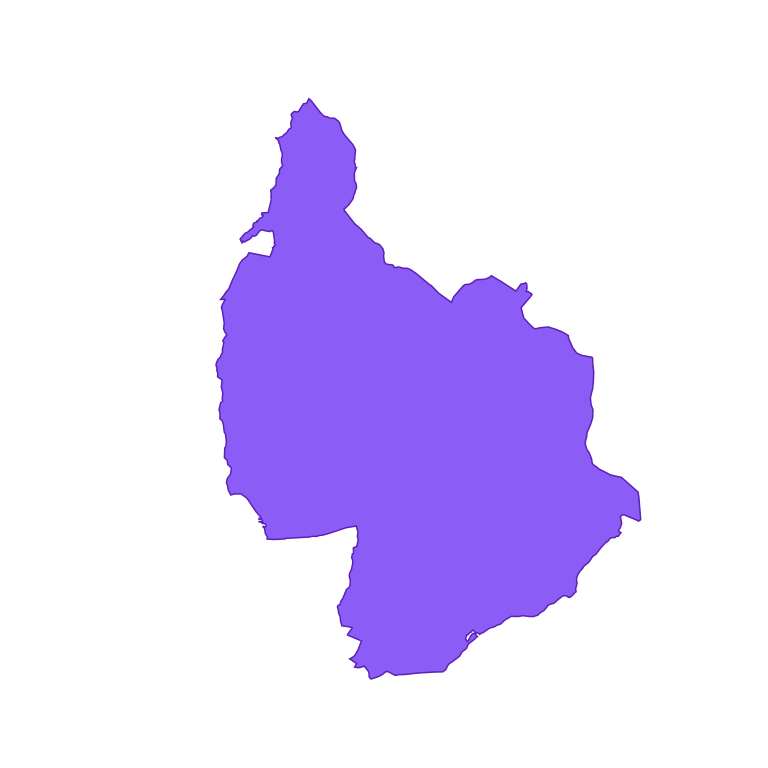 Garceni, Vaslui, Romania, rotated 57°
{"feature_id": "2599482B9024502031895", "entity_name": "Garceni", "entity_type": "district", "adm_level": 2, "iso_a3": "ROU", "parent_name": "Romania", "parent_adm1": "Vaslui", "projection": "albers", "projection_center": [27.291, 46.752], "detail": "fine", "context": "isolated", "style": "filled", "palette": "violet", "viewbox_px": 768, "rotation_deg": 57, "n_neighbors": 0, "source": "geoboundaries", "source_scale": "gbopen_adm2", "svg_char_len": 6170}
<svg xmlns="http://www.w3.org/2000/svg" viewBox="0 0 768 768"><g transform="rotate(57 384 384)"><path d="M662.9,336.1L660.0,334.7L656.6,330.9L653.1,329.2L651.2,327.7L649.4,325.1L648.0,322.3L646.5,317.1L645.7,315.6L645.1,310.2L644.6,308.1L642.7,303.9L642.2,302.3L642.2,299.0L639.3,290.7L637.9,285.2L637.7,281.2L636.8,279.2L636.6,278.3L637.2,276.1L638.5,274.3L638.4,271.7L639.3,270.4L637.7,266.2L635.6,267.2L634.4,267.1L633.3,264.1L630.2,260.5L624.0,257.9L623.6,256.6L623.7,255.0L625.1,253.2L626.0,252.9L636.0,246.0L637.6,245.4L637.6,242.7L637.0,242.3L617.4,231.7L613.0,229.8L591.7,235.7L583.7,243.5L571.6,250.4L569.4,250.8L566.7,252.1L564.0,252.6L559.9,250.7L554.3,249.5L552.1,249.3L550.3,249.7L545.5,248.4L543.3,247.5L541.8,246.3L538.5,242.7L535.3,240.1L530.3,232.6L526.0,227.4L519.4,222.8L514.0,221.5L508.7,218.8L507.0,217.5L501.4,211.4L495.9,207.0L488.4,201.7L480.2,197.6L476.0,195.0L474.8,195.0L467.8,202.5L463.1,205.5L456.4,206.0L446.2,204.3L443.7,203.0L437.0,206.4L431.9,210.0L425.5,215.3L421.7,222.8L420.3,226.7L418.9,228.0L412.5,229.6L406.4,230.5L405.4,231.0L394.7,227.5L390.4,213.1L389.4,211.0L384.8,212.8L384.7,213.7L384.0,214.3L381.3,211.7L378.0,209.9L376.2,210.1L376.2,211.3L374.8,214.8L377.9,222.8L363.0,229.4L351.6,235.0L352.0,237.3L351.2,242.1L347.1,249.3L346.7,251.2L347.1,254.0L346.8,258.0L344.8,261.8L344.8,264.0L348.8,277.9L352.2,283.0L338.0,288.6L327.3,290.7L325.1,291.8L308.6,296.9L302.4,299.5L299.5,301.6L297.4,304.8L294.0,307.7L292.0,312.0L289.9,311.6L288.2,312.4L286.8,314.6L284.1,317.1L281.0,316.9L276.0,314.4L274.6,313.0L273.1,312.2L269.9,311.3L265.1,311.8L263.7,312.3L260.4,314.9L254.1,316.3L252.5,317.5L241.7,318.9L233.8,321.3L217.4,322.7L215.7,322.5L214.5,315.8L212.2,310.1L211.5,308.8L209.2,306.5L207.8,304.2L205.7,302.1L204.5,300.1L201.3,298.5L197.2,297.9L190.6,293.7L187.7,289.5L187.5,290.3L185.7,289.2L181.1,287.7L179.6,286.1L175.9,283.5L172.3,280.4L168.4,279.9L165.8,279.8L153.8,281.4L149.0,281.4L140.6,278.9L138.6,279.1L134.0,280.8L131.7,284.5L128.6,286.4L127.8,287.6L126.1,288.6L121.0,289.6L107.0,290.7L103.8,291.6L106.4,295.9L105.1,299.0L108.9,307.3L108.8,308.2L106.6,310.8L106.7,313.1L107.5,315.2L111.4,316.2L114.1,319.9L118.6,322.2L118.6,325.4L120.2,328.3L120.4,331.9L121.1,334.5L120.2,337.5L120.5,339.0L118.6,340.3L118.6,340.9L122.1,339.9L124.1,340.7L126.3,340.9L131.6,343.0L135.1,343.7L137.0,344.8L139.2,347.1L142.3,349.2L145.5,350.0L146.4,352.1L146.7,354.0L147.9,355.3L150.1,356.8L151.3,358.8L152.4,361.6L153.1,362.6L157.9,365.9L159.1,368.5L159.7,371.8L159.6,373.2L159.9,373.6L162.9,374.9L166.0,377.2L167.6,377.7L176.0,386.6L177.1,387.5L174.0,393.3L174.7,394.1L175.7,394.3L176.4,393.4L177.1,393.6L177.8,395.5L177.4,398.1L178.2,400.1L178.1,401.9L178.9,402.0L178.9,402.8L178.3,404.1L178.1,405.5L179.8,407.8L181.2,407.8L182.4,416.4L181.9,418.3L184.1,425.8L188.2,426.2L187.4,424.9L187.5,424.2L188.8,424.1L189.3,418.3L189.1,416.0L188.2,413.8L189.5,412.1L189.7,409.8L187.9,405.1L188.1,403.2L188.8,401.4L189.7,401.2L194.1,396.6L194.1,394.4L196.3,394.1L203.9,397.6L206.4,399.4L206.8,398.9L208.4,399.9L208.4,401.3L209.1,401.5L209.0,403.3L210.3,403.6L212.5,406.6L213.2,407.1L213.7,408.5L215.3,410.4L200.4,425.7L202.4,429.7L202.8,435.2L204.5,439.6L209.2,446.2L214.4,454.7L219.7,462.4L220.8,466.2L222.7,470.6L224.1,475.0L226.6,471.1L229.5,476.4L231.3,478.7L234.8,479.8L245.9,484.8L250.2,488.4L253.9,489.2L257.1,489.0L258.2,492.2L260.0,495.7L261.8,495.7L265.3,498.8L267.0,500.8L269.5,502.2L270.8,504.7L272.2,506.4L272.9,509.6L274.6,512.5L276.6,514.6L279.7,515.5L281.3,516.7L284.8,517.7L286.8,519.4L287.8,519.6L291.3,517.9L293.1,518.0L297.6,521.9L304.0,524.2L306.7,526.6L309.2,528.2L309.9,528.1L310.6,529.1L310.6,530.7L311.1,531.7L316.0,536.6L317.1,536.6L319.9,537.9L323.8,540.6L326.6,539.8L329.6,540.4L337.5,544.2L339.5,544.2L342.5,545.6L346.1,547.4L349.9,550.2L350.6,551.8L351.3,552.7L358.9,558.0L362.5,557.1L366.3,558.9L371.4,557.7L376.0,561.9L378.0,567.0L380.9,569.9L384.2,570.7L388.6,572.5L393.6,573.0L394.9,569.0L398.4,563.8L404.1,561.5L405.8,561.1L421.3,560.9L428.6,559.9L429.2,560.1L429.5,560.9L429.3,561.6L428.7,561.8L429.2,562.5L430.9,560.1L433.1,560.6L431.6,563.1L431.4,563.7L431.8,563.7L433.5,561.0L434.1,561.0L433.6,561.9L433.8,562.2L434.6,562.0L436.0,560.2L438.1,559.7L439.3,561.0L439.3,561.6L437.8,562.6L437.9,563.3L440.0,562.8L445.0,565.0L448.5,565.0L450.4,566.5L454.5,560.9L457.5,555.9L460.0,551.3L459.6,551.1L471.9,529.6L472.5,527.4L474.9,523.9L476.0,520.4L477.4,517.6L479.5,510.9L483.8,494.3L488.1,484.5L488.4,484.4L489.4,485.1L493.0,486.1L494.7,487.0L497.3,489.4L499.9,490.1L500.9,490.8L505.5,495.4L504.7,498.9L509.1,501.6L509.5,502.2L509.3,503.3L510.1,503.7L511.9,505.7L513.8,506.0L516.0,506.9L518.0,508.5L521.6,512.1L524.2,516.1L525.5,517.2L528.0,518.6L529.8,518.8L534.4,522.2L535.6,524.2L535.9,527.4L541.5,535.4L542.2,537.4L543.4,539.4L545.0,541.0L544.7,543.3L545.7,544.6L547.9,545.1L551.4,546.8L555.5,547.6L559.2,549.6L564.0,551.0L566.1,548.3L570.2,544.0L571.1,543.5L571.8,544.3L572.5,547.1L573.4,548.6L573.8,550.2L574.7,551.3L587.2,542.8L592.6,550.2L595.5,555.8L596.1,558.2L595.9,562.5L603.6,559.2L605.4,562.9L607.7,560.4L608.6,558.7L609.3,556.7L609.8,554.2L616.3,553.6L618.2,554.0L621.4,555.9L623.5,555.9L624.4,555.4L626.4,548.0L626.7,543.1L626.3,540.1L626.6,538.2L628.2,536.8L633.9,533.7L634.7,532.9L635.9,529.8L638.6,525.4L645.5,511.8L652.9,498.8L657.4,491.5L657.2,487.8L654.6,483.4L654.1,481.4L654.1,478.4L653.5,469.1L651.2,464.3L650.9,460.4L650.5,458.4L648.0,455.1L647.4,447.5L646.8,445.1L646.7,443.2L642.7,443.7L641.9,444.7L641.8,446.3L642.5,448.6L644.6,452.2L645.4,454.3L642.4,454.5L639.8,451.9L639.7,451.5L640.1,451.0L639.4,447.9L639.3,446.8L639.6,445.6L638.7,444.1L638.9,443.3L641.0,442.8L642.9,442.8L643.3,442.3L643.5,440.9L646.1,440.2L646.0,438.7L646.5,436.1L646.2,430.2L646.4,427.8L647.7,423.9L647.8,421.2L648.8,416.8L647.8,411.3L648.1,403.9L652.1,398.1L653.9,393.8L658.4,388.4L660.4,385.4L661.6,381.1L661.6,380.5L661.2,380.2L661.2,378.1L660.9,377.2L661.1,373.6L660.1,369.6L659.0,367.4L659.2,364.5L660.2,361.7L660.4,360.3L659.7,356.3L659.1,349.2L660.3,347.3L662.1,345.6L663.1,345.7L664.0,344.8L664.2,344.2L663.7,340.3L662.8,336.8L662.9,336.1Z" fill="#8b5cf6" stroke="#5b21b6" stroke-width="1.5"/></g></svg>